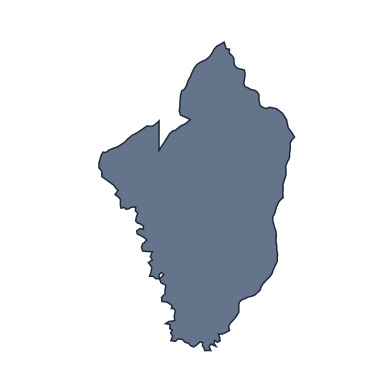 Guatapará, São Paulo, Brazil, rotated 11°
{"feature_id": "56859067B57528350924553", "entity_name": "Guatapará", "entity_type": "district", "adm_level": 2, "iso_a3": "BRA", "parent_name": "Brazil", "parent_adm1": "São Paulo", "projection": "natural_earth1", "projection_center": [-47.986, -21.451], "detail": "fine", "context": "isolated", "style": "filled", "palette": "slate", "viewbox_px": 384, "rotation_deg": 11, "n_neighbors": 0, "source": "geoboundaries", "source_scale": "gbopen_adm2", "svg_char_len": 3094}
<svg xmlns="http://www.w3.org/2000/svg" viewBox="0 0 384 384"><g transform="rotate(11 192 192)"><path d="M272.8,107.4L271.1,103.1L268.6,100.4L265.9,97.5L262.8,96.0L259.4,94.2L254.9,94.0L251.8,94.0L249.0,95.8L246.4,95.8L242.4,94.1L240.4,89.8L239.1,83.4L236.5,81.1L234.0,80.2L230.0,80.1L226.8,79.0L223.8,78.4L222.0,75.4L222.0,71.9L221.7,66.4L220.1,62.2L214.9,62.0L211.9,61.5L209.1,58.8L208.2,55.3L207.3,52.4L205.0,50.3L202.1,48.6L201.5,44.6L198.2,44.9L196.8,42.0L194.9,38.7L191.3,42.0L188.5,44.1L186.4,47.7L185.4,51.4L183.5,55.6L180.5,59.4L176.4,62.3L173.9,64.4L171.9,67.0L170.3,70.9L169.0,75.8L168.6,78.8L167.0,83.0L166.2,89.1L165.1,92.2L162.6,94.8L162.3,98.6L162.7,103.3L163.4,108.1L163.9,111.3L164.1,115.1L166.0,118.6L176.4,121.2L173.4,125.3L171.3,127.1L168.0,129.5L166.0,132.1L163.9,134.6L161.4,135.7L159.0,138.8L156.1,146.4L154.5,150.5L152.7,154.7L151.7,157.5L146.1,128.4L142.9,132.8L140.4,135.0L137.9,135.5L135.3,135.7L132.0,139.1L126.6,144.5L122.4,147.8L118.6,152.5L116.5,155.8L113.2,159.1L110.2,161.9L106.2,164.2L102.4,166.8L100.0,169.6L96.9,169.9L95.7,173.8L95.5,177.3L95.1,181.1L96.1,186.1L99.5,188.9L100.6,194.1L106.8,196.9L110.2,198.6L114.1,200.3L116.7,202.9L119.1,204.5L116.9,209.2L120.7,211.0L123.2,213.0L124.2,218.7L125.4,221.4L128.5,220.1L130.6,221.6L133.0,220.6L135.7,218.4L139.6,217.5L140.0,221.3L142.9,223.3L142.2,226.6L142.2,231.1L144.5,232.9L147.2,233.1L150.4,234.4L151.6,237.9L147.7,237.9L145.1,240.8L146.3,243.6L150.5,244.7L154.5,246.2L156.7,248.0L155.1,250.3L153.3,252.7L152.9,255.9L154.8,259.4L158.5,259.0L164.6,258.4L163.4,263.4L166.0,266.2L162.6,269.6L166.9,273.5L167.1,278.7L166.4,282.8L169.7,282.2L173.1,284.0L176.6,283.3L178.9,287.0L184.2,288.5L184.2,293.1L184.9,297.2L182.2,301.3L183.4,305.3L188.0,304.8L191.1,305.9L194.2,307.4L193.9,310.3L196.4,309.8L198.4,312.1L198.2,317.1L199.6,321.5L196.8,322.6L194.0,323.5L191.2,326.3L195.8,326.3L196.2,330.4L198.9,331.1L197.9,334.6L200.5,337.0L199.6,342.0L204.2,341.7L206.2,338.9L210.6,338.5L213.9,340.9L217.4,341.2L220.2,343.2L223.3,343.8L226.1,340.8L228.5,337.6L231.2,337.7L231.5,340.7L233.4,342.9L235.0,345.3L237.5,344.6L240.7,344.1L238.3,340.6L239.6,337.7L245.0,338.9L242.6,336.5L242.5,333.4L245.9,334.6L248.0,332.7L246.9,329.4L245.1,326.4L248.5,325.8L251.4,324.0L255.3,320.7L253.6,317.3L254.4,313.8L256.3,310.9L258.5,307.2L260.9,301.3L260.3,297.5L259.5,294.5L259.6,290.9L261.7,288.0L264.4,286.6L267.1,284.4L270.2,283.1L273.2,281.3L275.8,277.8L277.6,275.3L277.9,272.2L279.2,268.6L281.0,265.6L284.6,260.2L286.0,257.1L286.5,253.5L287.2,250.0L288.1,247.1L288.9,243.9L288.3,240.5L287.8,236.4L286.2,232.5L285.1,227.5L283.9,224.7L283.3,221.0L282.9,217.4L281.3,213.5L279.1,209.7L276.8,204.8L276.0,201.4L277.3,197.0L277.7,190.7L279.0,185.3L280.7,182.2L282.6,180.2L281.3,175.9L280.8,171.2L279.9,167.7L280.2,163.8L280.7,160.6L281.0,156.7L280.1,153.0L279.1,148.6L279.8,144.7L281.1,139.9L280.4,135.1L280.2,130.5L279.0,125.1L280.3,121.5L282.2,118.6L279.2,115.2L276.5,112.6L274.3,110.8L272.8,107.4ZM176.6,283.3L175.3,279.9L177.1,276.9L180.1,278.3L178.6,281.0L176.6,283.3Z" fill="#64748b" stroke="#1e293b" stroke-width="1.5"/></g></svg>